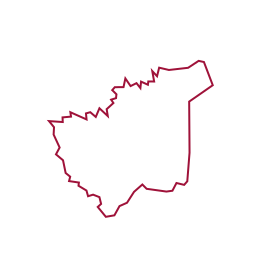 Fleming, Kentucky, United States of America (Natural Earth projection), rotated 113°
{"feature_id": "52423323B16760069274755", "entity_name": "Fleming", "entity_type": "district", "adm_level": 2, "iso_a3": "USA", "parent_name": "United States of America", "parent_adm1": "Kentucky", "projection": "natural_earth1", "projection_center": [-83.696, 38.348], "detail": "fine", "context": "isolated", "style": "outline", "palette": "rose", "viewbox_px": 256, "rotation_deg": 113, "n_neighbors": 0, "source": "geoboundaries", "source_scale": "gbopen_adm2", "svg_char_len": 921}
<svg xmlns="http://www.w3.org/2000/svg" viewBox="0 0 256 256"><g transform="rotate(113 128 128)"><path d="M55.5,66.7L37.6,83.9L38.6,89.2L49.1,96.2L58.6,113.0L60.3,122.9L69.0,121.5L66.1,127.9L75.0,122.1L77.2,127.5L80.4,126.6L80.2,134.1L86.4,132.2L83.4,137.7L88.4,142.0L83.4,149.8L92.1,148.1L95.6,156.1L99.3,157.3L101.5,151.8L105.2,150.7L108.5,154.6L110.7,151.2L119.0,155.0L124.9,151.3L121.0,162.0L130.4,162.0L128.2,168.9L131.0,172.4L136.3,169.5L136.0,187.2L139.8,184.9L143.8,192.4L148.0,190.4L152.5,203.4L156.2,196.4L163.1,193.9L172.7,183.3L180.4,184.0L183.1,175.2L193.8,167.8L195.4,162.2L199.9,161.5L197.4,151.9L200.5,151.0L201.8,141.8L206.4,138.1L203.0,134.1L202.8,127.3L208.4,123.1L212.5,125.0L218.4,113.7L213.7,106.4L203.2,105.3L197.2,99.7L184.4,97.5L174.4,92.7L176.7,87.1L171.5,67.8L168.4,62.6L159.7,61.9L158.4,54.1L153.9,52.6L126.7,61.7L79.8,82.0L55.5,66.7Z" fill="none" stroke="#9f1239" stroke-width="2"/></g></svg>